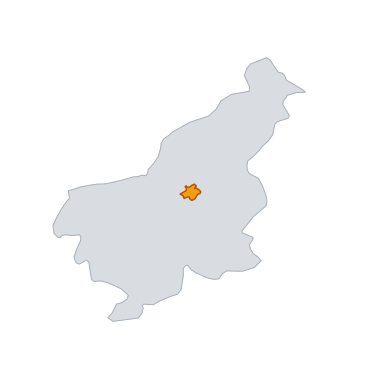 Slovenia, with Zasavska highlighted, rotated 337°
{"feature_id": "SVN-1006", "entity_name": "Zasavska", "entity_type": "Statistical Region", "adm_level": 1, "iso_a3": "SVN", "parent_name": "Slovenia", "parent_adm1": "", "projection": "albers", "projection_center": [14.936, 46.152], "detail": "fine", "context": "in_parent", "style": "filled", "palette": "amber", "viewbox_px": 384, "rotation_deg": 337, "n_neighbors": 0, "source": "natural_earth", "source_scale": "10m", "svg_char_len": 2507}
<svg xmlns="http://www.w3.org/2000/svg" viewBox="0 0 384 384"><g transform="rotate(337 192 192)"><path d="M335.2,144.4L327.1,141.3L317.4,140.2L315.6,141.9L311.7,143.8L309.8,147.0L311.5,159.5L309.2,161.7L298.1,160.6L294.5,162.1L288.6,170.9L282.5,174.7L274.7,177.4L268.9,180.6L261.6,183.4L255.4,185.2L253.0,189.0L251.5,193.2L251.9,197.3L258.4,205.3L259.3,213.8L258.7,224.3L257.3,229.9L254.8,233.7L239.1,238.6L222.8,247.3L222.4,249.3L229.9,256.9L230.2,258.8L224.1,263.2L223.5,267.6L224.2,272.6L227.5,277.8L228.7,282.4L219.7,285.9L207.5,284.7L193.0,278.2L187.9,279.1L183.0,282.5L178.0,281.0L172.5,277.0L164.7,268.7L161.0,263.5L159.4,258.1L157.3,257.3L154.1,258.9L151.4,265.5L144.1,277.3L138.8,280.4L130.7,279.7L119.4,279.8L112.4,280.7L103.8,276.4L101.7,277.2L101.7,279.9L98.4,284.2L93.1,287.0L68.7,280.2L65.4,274.9L70.9,272.4L78.7,265.7L83.8,266.5L90.2,265.2L93.0,262.3L89.1,253.6L79.2,242.7L73.9,238.6L66.5,235.8L65.3,232.9L69.7,216.1L68.5,213.6L60.1,214.3L58.1,212.5L57.5,209.6L58.1,205.6L63.9,199.1L70.3,193.4L72.0,190.2L71.9,187.6L63.9,184.9L59.1,182.1L55.2,181.2L52.6,182.6L50.6,180.9L48.8,176.0L50.9,168.6L58.2,161.9L66.1,156.0L72.9,151.7L76.8,149.8L78.7,142.3L82.7,143.1L90.7,143.7L99.5,145.5L107.8,147.7L115.0,150.5L130.3,153.4L144.2,155.2L148.4,156.8L151.8,156.7L156.0,159.0L158.5,157.3L160.4,154.2L168.0,150.6L175.0,145.9L179.9,139.9L182.6,135.2L187.4,131.8L192.5,130.9L197.2,129.2L216.8,126.9L237.0,128.5L246.6,125.2L254.5,119.3L266.1,117.6L266.7,117.5L284.0,121.7L285.3,119.1L286.1,118.0L285.6,105.3L291.0,99.5L296.0,97.0L313.2,97.5L315.6,101.4L316.6,107.4L318.2,115.4L321.2,117.6L322.8,120.7L322.6,126.3L326.1,130.4L334.2,141.5L335.2,144.4Z" fill="#d9dde1" stroke="#a8b0b8" stroke-width="1"/><path d="M189.0,199.7L188.7,199.6L188.3,199.3L187.3,197.6L187.2,197.0L187.4,196.5L187.4,195.9L187.4,195.5L187.1,195.1L186.3,194.9L182.4,194.9L182.0,193.9L182.5,193.3L182.4,192.8L182.5,192.3L181.4,190.8L181.1,190.0L180.5,189.7L180.4,189.4L180.6,189.2L186.7,188.5L187.3,188.3L188.1,186.7L187.9,184.4L188.9,184.1L189.4,185.4L190.7,186.4L191.4,186.6L194.5,185.8L197.1,185.7L198.3,187.9L197.9,188.3L197.6,188.6L196.5,189.1L195.9,189.7L195.9,189.9L196.0,190.0L196.3,189.8L196.7,189.7L197.1,189.8L198.4,191.4L199.6,193.5L200.0,194.6L200.0,195.3L199.8,195.7L199.4,196.0L199.2,196.2L198.5,196.6L198.4,196.6L198.2,196.6L197.1,196.2L195.0,197.2L194.3,197.6L193.4,198.6L193.1,198.9L192.7,199.1L192.3,199.3L190.8,199.6L189.7,199.6L189.3,199.6L189.0,199.7Z" fill="#f59e0b" stroke="#b45309" stroke-width="1.5"/></g></svg>